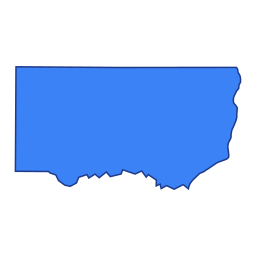 the district of Clinton, Iowa, United States of America
{"feature_id": "52423323B69668368996820", "entity_name": "Clinton", "entity_type": "district", "adm_level": 2, "iso_a3": "USA", "parent_name": "United States of America", "parent_adm1": "Iowa", "projection": "orthographic", "projection_center": [-90.349, 41.881], "detail": "fine", "context": "isolated", "style": "filled", "palette": "blue", "viewbox_px": 256, "rotation_deg": 0, "n_neighbors": 0, "source": "geoboundaries", "source_scale": "gbopen_adm2", "svg_char_len": 1094}
<svg xmlns="http://www.w3.org/2000/svg" viewBox="0 0 256 256"><path d="M15.8,101.6L15.4,171.3L48.7,171.5L49.9,172.9L55.9,175.0L58.5,180.5L64.7,185.1L70.2,186.3L76.4,183.0L78.7,177.3L87.0,174.6L88.8,178.0L95.0,174.1L99.2,177.7L106.3,172.0L110.3,176.6L121.1,174.0L122.7,169.8L135.1,174.0L141.7,171.0L146.2,177.1L148.3,174.6L156.4,180.1L156.2,185.9L160.1,184.1L161.2,188.6L166.6,185.6L174.2,189.2L183.2,184.6L188.4,188.8L188.8,186.6L190.1,183.5L192.5,180.3L199.7,173.4L204.2,171.5L205.6,170.3L208.6,168.5L210.4,167.2L216.4,163.1L218.0,162.3L226.6,159.1L228.4,157.6L228.7,156.7L228.8,155.6L228.4,151.4L227.8,147.2L227.8,145.9L228.4,143.1L228.5,142.6L230.4,139.0L231.0,137.5L231.1,134.0L231.9,129.9L233.3,127.0L235.7,121.3L236.7,117.9L236.8,114.3L237.2,109.0L237.3,108.1L237.0,107.3L235.7,105.3L234.6,104.2L233.6,102.6L233.3,101.0L233.5,98.1L234.1,96.1L236.6,90.9L238.1,89.3L238.8,88.1L238.9,85.3L240.5,82.2L240.6,79.3L240.3,77.0L239.5,74.7L238.2,72.6L237.9,71.6L237.8,70.0L237.4,68.9L237.2,68.4L236.4,67.4L119.6,67.5L16.0,66.8L15.8,101.6Z" fill="#3b82f6" stroke="#1e3a8a" stroke-width="1.5"/></svg>